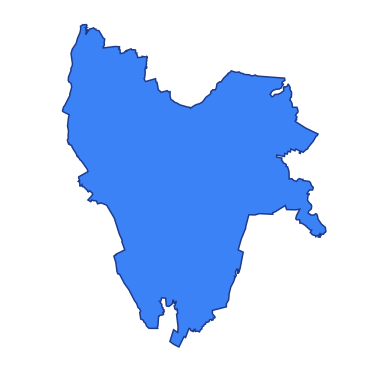 Beresti-Tazlau, Bacau, Romania, rotated 96°
{"feature_id": "2599482B13595150483809", "entity_name": "Beresti-Tazlau", "entity_type": "district", "adm_level": 2, "iso_a3": "ROU", "parent_name": "Romania", "parent_adm1": "Bacau", "projection": "natural_earth1", "projection_center": [26.669, 46.487], "detail": "fine", "context": "isolated", "style": "filled", "palette": "blue", "viewbox_px": 384, "rotation_deg": 96, "n_neighbors": 0, "source": "geoboundaries", "source_scale": "gbopen_adm2", "svg_char_len": 5901}
<svg xmlns="http://www.w3.org/2000/svg" viewBox="0 0 384 384"><g transform="rotate(96 192 192)"><path d="M153.4,321.4L156.7,320.0L156.5,319.3L157.4,319.4L158.4,316.5L160.2,315.8L166.3,311.0L168.4,310.1L168.7,309.8L168.3,309.5L171.7,306.7L172.7,305.2L180.2,298.6L182.6,297.6L188.7,306.2L189.8,306.2L192.3,304.9L192.6,305.7L193.3,305.2L193.5,305.7L193.7,305.1L196.0,304.3L197.5,304.3L197.8,303.9L196.5,302.4L196.9,302.5L197.3,301.8L197.7,302.0L198.1,301.6L197.7,301.2L198.0,300.5L201.2,296.4L202.4,295.7L202.7,294.9L201.4,294.1L203.6,290.9L204.5,290.6L206.3,291.3L210.8,294.7L212.2,291.6L210.4,290.8L210.9,289.1L210.7,287.2L211.1,286.0L213.6,284.7L212.4,281.0L214.0,275.5L226.0,266.6L241.6,259.8L247.5,256.3L248.7,256.6L256.6,252.8L262.1,261.5L262.7,261.2L263.9,263.0L270.3,260.3L278.6,258.4L281.1,257.3L281.5,255.3L289.9,249.8L295.7,244.6L306.0,237.8L308.8,235.3L312.6,233.6L313.7,231.9L315.8,230.6L317.3,231.4L323.7,229.7L324.6,227.0L326.3,226.2L327.3,224.6L329.9,223.3L331.9,220.8L332.0,219.1L331.2,211.9L329.7,212.4L329.1,211.9L319.0,212.2L318.8,211.5L318.1,211.3L317.2,208.1L316.4,207.5L314.9,208.4L314.5,207.4L314.0,207.2L313.9,207.8L312.2,207.4L311.6,208.5L310.3,208.8L309.5,209.8L306.7,210.4L305.7,211.8L304.6,211.8L304.1,212.6L304.0,211.7L300.4,211.1L300.4,207.1L307.7,205.7L308.2,205.0L308.1,202.8L305.1,199.8L301.6,199.7L301.6,199.0L304.7,198.6L303.9,198.4L303.3,197.0L302.7,196.5L303.8,196.2L304.7,197.6L305.2,196.9L306.5,197.0L307.1,197.8L310.1,196.8L310.6,195.8L310.6,195.2L309.8,194.7L310.7,194.2L311.6,194.3L314.2,193.5L315.1,194.6L327.3,191.8L333.2,191.4L330.9,195.9L343.0,198.4L345.6,193.8L347.5,188.8L336.6,184.8L337.4,183.2L328.0,180.8L328.0,179.6L329.5,179.1L330.2,178.0L330.0,177.2L330.6,176.7L330.6,176.2L328.6,175.7L328.7,175.2L328.3,174.6L329.9,174.6L330.4,174.1L329.7,172.9L330.3,170.0L327.8,168.9L327.3,168.0L324.7,167.7L324.1,166.5L322.4,166.0L322.0,164.8L319.9,164.3L319.9,162.9L319.0,161.5L317.3,161.2L316.8,160.4L317.0,159.0L317.5,159.0L317.0,157.7L315.1,157.6L314.8,156.2L314.4,156.0L313.6,156.2L311.0,159.0L307.6,159.3L302.6,145.8L299.5,146.1L295.5,144.3L288.9,144.4L282.5,143.5L276.8,141.3L273.7,140.5L271.6,140.8L272.0,140.0L270.4,139.3L266.9,140.5L263.9,139.3L264.2,137.9L266.3,138.4L268.0,138.1L267.9,137.4L266.1,136.6L265.4,136.8L263.3,136.2L246.5,134.8L244.7,140.0L233.7,138.1L222.4,134.8L221.3,135.0L208.7,133.1L208.2,126.8L206.5,123.0L205.7,109.3L204.1,109.5L202.9,107.1L195.7,97.8L199.6,96.1L198.9,87.1L197.8,83.0L204.5,85.6L207.8,86.0L208.7,84.9L208.4,82.0L211.7,81.4L211.4,79.9L213.2,76.2L217.2,70.8L217.5,69.0L219.8,70.2L221.9,67.8L222.5,64.8L223.5,64.2L222.3,63.2L222.2,62.1L222.3,61.7L223.6,61.8L223.6,61.5L222.7,61.3L223.6,60.2L223.4,59.7L221.8,59.5L221.6,60.0L221.4,59.3L220.9,59.7L220.7,60.8L219.9,60.4L220.5,58.4L220.2,56.7L218.3,56.0L218.2,55.2L217.4,54.7L213.2,55.7L210.4,59.9L206.6,63.1L205.0,64.2L203.1,64.5L200.9,65.7L200.7,66.8L202.3,68.5L202.4,71.7L201.5,72.6L201.4,73.8L200.9,74.2L199.2,74.1L196.4,71.6L193.5,71.5L192.1,72.1L190.1,74.7L188.0,76.3L183.2,76.3L182.2,75.2L181.6,75.3L181.8,77.3L181.4,77.5L177.5,75.2L177.6,72.8L177.2,72.2L174.7,71.9L173.0,73.9L170.3,75.2L169.2,76.7L169.0,82.4L168.9,83.0L167.9,83.0L168.0,84.8L167.4,86.4L168.4,87.9L170.5,89.2L169.9,92.0L168.3,94.1L168.9,96.7L161.4,97.7L157.0,99.6L156.7,101.1L155.0,101.1L154.1,102.3L153.4,104.6L152.1,104.9L151.2,106.2L148.9,106.1L148.4,111.6L146.4,111.6L147.0,103.7L143.9,103.7L144.4,101.3L141.5,100.7L141.9,98.3L138.9,98.2L140.3,93.9L138.4,93.2L140.0,89.0L142.0,89.4L142.3,88.3L141.0,88.2L140.1,87.3L140.9,85.7L138.1,83.1L137.0,81.5L135.1,80.9L129.0,76.8L123.3,74.3L122.9,73.4L121.2,72.7L116.6,85.5L111.0,96.8L109.7,96.3L109.4,95.5L108.8,95.5L108.2,96.2L106.6,95.4L105.0,97.0L102.4,96.0L102.2,95.2L100.3,95.0L96.8,96.5L97.2,100.9L93.2,101.9L90.7,103.6L90.6,104.3L87.9,103.9L87.3,103.1L82.9,103.3L81.6,103.8L80.1,105.2L77.8,105.3L74.8,107.4L74.9,107.8L76.1,108.0L77.1,108.8L77.5,109.9L78.2,110.6L77.7,111.3L77.9,111.7L79.7,111.8L81.6,111.2L84.6,114.5L85.9,116.9L86.3,119.9L88.1,121.0L89.0,122.3L86.7,124.6L85.6,123.7L84.4,123.7L82.3,121.6L80.9,118.8L80.6,116.2L79.0,113.9L77.7,113.8L75.5,112.3L74.8,112.9L75.0,113.9L73.0,113.6L71.4,111.3L69.1,111.8L69.9,139.1L69.0,141.6L69.8,142.6L70.3,144.7L69.4,147.6L69.6,152.1L68.9,153.6L68.6,156.3L67.7,157.4L68.4,160.9L67.4,165.6L69.1,166.8L70.4,168.7L71.5,168.7L71.6,169.2L75.6,172.5L79.7,174.8L79.5,176.1L81.7,178.4L86.2,178.8L87.9,179.5L88.1,182.0L89.3,182.8L89.5,183.3L90.5,183.8L92.4,183.7L96.3,188.0L101.4,191.0L103.6,194.1L104.1,195.8L105.7,198.6L108.9,202.4L108.0,203.0L108.0,205.1L106.5,213.7L105.5,215.2L104.5,218.7L103.0,220.7L102.4,222.5L99.2,223.8L94.5,224.3L95.0,225.7L93.8,227.1L96.1,233.3L95.4,233.8L93.8,236.2L86.7,238.2L86.0,239.5L83.1,240.1L87.0,249.7L86.3,250.4L84.1,251.5L83.1,251.0L78.5,251.0L74.5,251.6L73.6,250.1L72.9,250.0L72.4,250.1L72.7,251.1L69.8,250.6L67.4,251.0L66.1,250.6L65.1,251.1L63.3,250.5L62.5,250.5L61.9,251.1L62.5,251.4L62.3,255.7L63.1,255.6L64.0,260.1L61.4,260.9L60.0,261.8L59.6,261.5L59.5,262.7L56.9,262.9L56.5,263.6L56.8,266.9L56.0,267.5L58.3,272.3L58.9,271.8L59.6,273.6L60.8,274.3L61.8,277.8L58.0,278.5L57.8,279.7L56.8,279.7L56.8,279.2L55.1,279.3L55.3,283.6L58.0,295.3L56.6,295.4L55.7,294.7L54.2,294.5L53.2,295.0L49.0,294.8L48.0,296.5L41.4,301.3L41.1,303.8L40.7,304.6L40.0,304.7L40.1,305.4L39.0,307.2L39.6,307.9L40.6,310.9L46.1,313.9L45.4,314.4L44.7,313.8L43.9,314.0L41.7,313.2L41.9,314.7L40.2,314.4L39.7,313.7L39.5,315.1L38.7,314.2L37.2,313.9L36.5,314.6L37.1,317.3L36.9,317.9L38.8,320.2L41.9,319.7L45.3,320.1L51.4,322.0L56.2,322.7L62.5,326.0L66.9,326.8L76.9,324.3L79.5,324.4L81.5,325.3L84.1,325.1L90.7,326.9L94.1,326.7L95.5,325.8L96.3,324.1L97.2,323.4L100.4,322.6L107.5,323.8L108.8,323.6L119.8,327.8L120.5,328.5L124.5,329.3L125.2,329.1L125.9,327.9L128.0,322.2L130.5,322.6L139.4,322.7L144.2,321.2L149.1,321.1L151.0,320.6L153.4,321.4Z" fill="#3b82f6" stroke="#1e3a8a" stroke-width="1.5"/></g></svg>